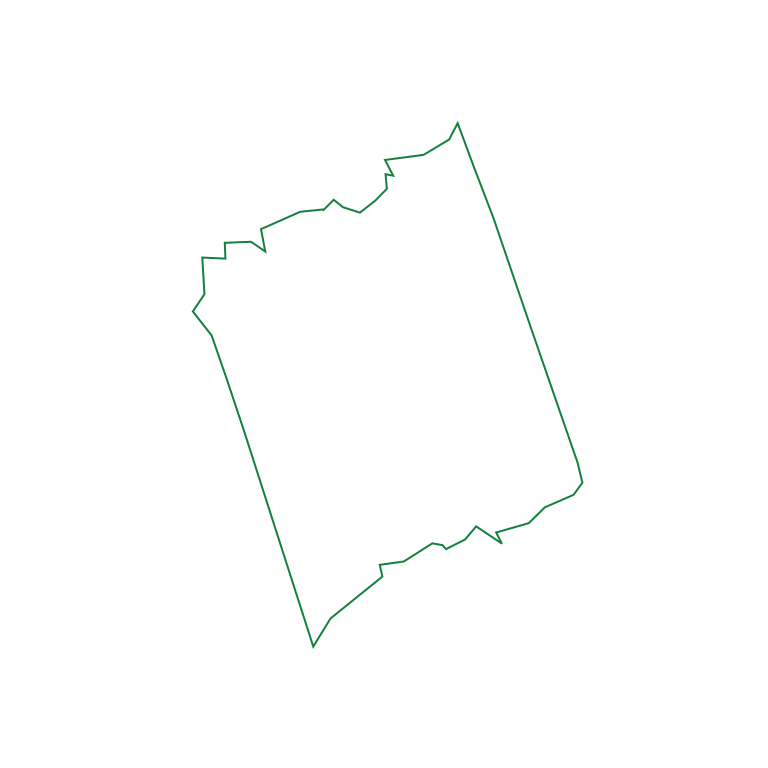 outline of Spotsylvania, Virginia, United States of America, rotated 301°
{"feature_id": "52423323B87886421112437", "entity_name": "Spotsylvania", "entity_type": "district", "adm_level": 2, "iso_a3": "USA", "parent_name": "United States of America", "parent_adm1": "Virginia", "projection": "albers", "projection_center": [-77.631, 38.184], "detail": "fine", "context": "isolated", "style": "outline", "palette": "green", "viewbox_px": 768, "rotation_deg": 301, "n_neighbors": 0, "source": "geoboundaries", "source_scale": "gbopen_adm2", "svg_char_len": 742}
<svg xmlns="http://www.w3.org/2000/svg" viewBox="0 0 768 768"><g transform="rotate(301 384 384)"><path d="M502.1,241.7L488.5,223.5L453.4,198.8L436.4,214.0L437.4,196.7L423.0,174.8L409.8,183.5L398.8,163.1L368.6,183.8L347.7,182.8L336.8,211.3L307.3,246.6L273.3,286.3L270.2,289.9L122.5,458.6L155.5,458.9L218.1,481.8L226.8,473.5L242.1,492.4L272.3,507.5L276.0,517.2L274.4,522.2L292.5,533.6L309.4,536.3L307.9,567.3L314.5,556.6L339.3,579.8L361.2,585.4L386.7,603.6L401.6,604.9L416.3,590.4L483.3,510.3L513.2,474.6L583.0,391.9L616.2,349.4L645.5,312.8L627.1,313.9L600.8,299.9L576.6,269.5L567.3,284.6L564.6,277.3L552.8,285.9L536.4,282.0L518.5,275.1L514.4,257.8L516.0,246.0L501.9,242.5L502.1,241.7Z" fill="none" stroke="#15803d" stroke-width="2"/></g></svg>